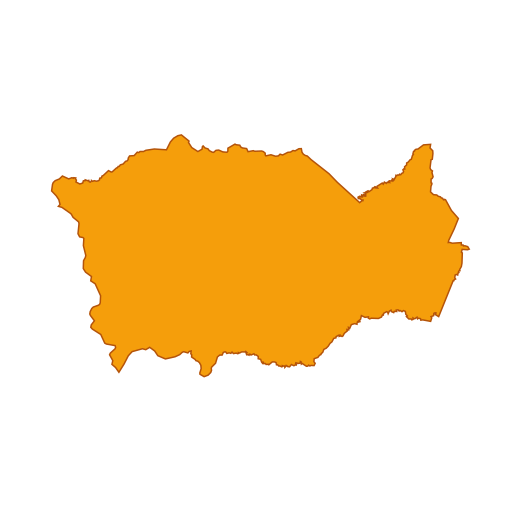 Pa Phayom, Phatthalung, Thailand (orthographic projection), rotated 7°
{"feature_id": "78962969B75084248147684", "entity_name": "Pa Phayom", "entity_type": "district", "adm_level": 2, "iso_a3": "THA", "parent_name": "Thailand", "parent_adm1": "Phatthalung", "projection": "orthographic", "projection_center": [99.888, 7.825], "detail": "fine", "context": "isolated", "style": "filled", "palette": "amber", "viewbox_px": 512, "rotation_deg": 7, "n_neighbors": 0, "source": "geoboundaries", "source_scale": "gbopen_adm2", "svg_char_len": 6094}
<svg xmlns="http://www.w3.org/2000/svg" viewBox="0 0 512 512"><g transform="rotate(7 256 256)"><path d="M54.1,200.2L51.4,203.5L47.5,205.7L45.8,207.8L45.3,209.7L45.2,216.3L50.4,220.6L53.4,224.1L55.2,228.7L53.8,230.8L57.5,231.4L66.1,236.0L67.5,236.9L69.7,239.9L75.8,243.8L76.4,245.6L76.6,255.6L78.6,258.5L82.1,258.8L83.0,259.6L83.4,266.7L87.0,276.2L86.8,278.2L85.4,281.7L86.1,289.5L88.8,292.8L95.2,296.4L95.0,300.8L99.8,303.2L106.6,314.4L107.1,321.5L106.7,323.0L105.7,324.0L100.7,326.5L99.4,328.1L98.2,331.4L98.1,333.8L98.9,335.2L103.5,340.0L100.9,344.4L100.7,346.9L102.5,348.5L111.5,352.8L116.5,360.9L118.2,361.6L127.1,362.1L127.8,363.8L127.4,365.3L123.2,370.2L122.7,371.9L126.6,377.3L126.2,381.1L130.2,383.8L134.1,388.1L138.2,379.3L141.4,370.6L144.7,366.0L154.6,361.9L158.0,362.4L161.6,359.6L167.0,362.6L170.7,366.9L178.6,369.2L187.9,365.9L192.3,363.2L194.5,360.6L195.9,359.8L200.2,360.5L201.4,358.8L203.2,358.2L203.2,361.0L204.2,361.8L204.4,364.1L208.2,366.1L209.1,367.2L211.0,367.5L212.8,368.7L214.6,371.2L215.3,374.5L214.5,378.9L214.8,380.2L219.2,382.1L223.0,380.1L225.3,377.1L225.8,374.8L225.3,373.2L225.5,371.7L228.9,367.4L230.0,360.9L232.0,358.8L234.5,358.4L235.3,355.7L236.8,354.9L237.6,354.9L238.9,356.3L241.1,355.4L242.9,355.7L243.9,354.3L245.5,355.6L248.1,354.8L249.9,355.2L250.4,354.8L250.3,354.0L251.5,354.3L253.5,352.9L256.6,352.6L257.4,351.9L258.8,353.0L257.9,353.3L258.8,355.2L260.1,354.9L261.2,355.3L261.4,354.3L261.9,354.1L263.1,354.9L265.9,353.3L266.8,354.4L268.2,354.1L270.5,355.4L270.7,357.7L273.2,358.0L274.5,360.6L276.2,360.5L276.4,361.0L275.5,361.6L275.9,362.0L278.5,361.6L279.2,362.4L281.5,362.0L282.0,362.4L285.1,359.1L287.4,358.9L288.9,359.3L289.6,361.5L290.6,361.3L292.2,362.5L292.9,362.2L295.1,362.9L295.7,362.5L295.5,361.6L297.6,362.0L298.0,361.6L298.2,363.0L299.8,361.0L300.9,361.9L302.8,361.9L304.4,359.4L307.0,360.3L308.3,359.3L309.2,359.4L309.4,358.9L308.4,357.9L308.6,357.1L310.9,357.5L313.0,356.9L312.9,355.3L313.7,355.6L314.2,357.7L314.8,357.0L319.5,359.3L320.8,359.0L321.6,357.9L322.9,358.6L323.9,357.9L327.0,357.7L327.8,355.3L326.3,353.8L326.3,350.8L329.8,349.1L331.1,346.8L332.5,345.9L332.5,345.2L334.0,343.4L334.7,340.4L336.9,339.0L338.7,336.7L340.1,333.7L341.8,332.0L343.2,328.3L345.3,327.5L345.3,326.3L347.6,324.6L348.8,324.3L348.5,325.6L350.2,325.0L351.2,325.4L352.1,324.7L353.1,322.0L355.7,319.3L355.2,317.9L356.9,318.1L356.5,315.7L357.8,316.5L359.0,312.5L362.1,311.1L364.5,311.4L364.3,310.5L365.0,309.4L367.2,308.5L367.1,308.1L365.4,308.2L367.5,306.0L367.9,302.3L371.7,303.6L375.0,302.7L375.0,303.9L376.5,304.6L378.0,303.7L385.1,303.1L388.0,301.3L388.7,299.1L389.6,299.1L389.6,297.4L392.5,295.3L393.6,295.9L394.2,297.2L395.1,294.5L396.6,293.3L397.2,294.7L399.6,295.4L400.0,294.1L402.4,293.9L401.8,292.6L403.5,292.1L404.8,293.2L405.5,292.5L407.7,293.5L409.0,292.2L411.0,292.8L411.8,295.6L413.5,297.0L412.7,297.8L415.4,299.9L417.7,299.6L418.4,300.4L419.6,299.8L419.4,298.4L420.5,299.0L421.3,298.9L423.3,297.1L424.0,298.7L424.8,298.0L426.9,298.1L427.4,299.6L429.3,299.1L437.3,299.6L438.0,296.0L437.1,294.8L439.6,293.6L439.5,291.3L440.7,290.5L441.6,290.6L441.2,292.3L444.7,293.9L454.7,256.5L455.3,256.5L455.6,255.4L456.9,254.5L455.9,253.4L456.0,250.6L457.2,249.9L458.5,250.3L458.6,248.3L459.4,247.7L458.9,246.8L459.3,246.0L460.2,245.7L459.8,244.6L461.1,241.5L461.3,238.0L460.4,227.8L459.4,227.2L459.8,224.3L465.3,224.0L466.8,223.2L465.0,220.9L462.1,220.4L460.7,220.7L460.3,219.9L458.5,220.0L458.1,217.7L449.2,219.4L446.7,218.9L445.2,219.2L445.4,216.9L449.4,205.0L452.3,194.1L444.4,187.0L437.3,177.1L436.3,176.8L435.7,177.4L435.2,177.3L434.1,175.9L432.9,175.8L431.8,174.8L429.6,174.5L428.0,173.4L424.7,173.5L421.4,171.1L421.2,165.5L421.8,163.2L421.7,162.3L420.9,162.1L420.4,158.3L421.4,157.6L422.1,155.8L420.5,151.7L420.8,150.1L418.9,149.0L418.0,147.4L418.0,139.1L419.2,138.5L419.1,132.8L418.6,130.0L415.6,127.6L415.7,123.9L408.7,125.3L403.7,130.1L401.7,130.6L400.4,131.9L400.5,132.6L399.6,133.1L399.3,135.6L399.8,136.0L399.0,137.3L398.4,141.1L397.3,141.6L395.6,144.3L394.2,145.3L394.4,147.3L392.6,149.3L393.0,151.6L392.1,151.5L391.3,152.5L392.2,154.2L391.8,155.5L390.6,156.2L389.7,157.7L388.5,157.3L388.0,158.3L386.7,158.3L385.9,159.1L385.1,158.8L384.8,161.4L384.0,162.0L384.0,163.3L382.3,162.8L383.1,164.2L382.7,165.0L381.5,164.1L381.0,165.1L379.2,165.1L378.4,165.9L379.5,166.8L377.1,167.0L376.5,168.0L374.4,167.0L373.5,169.2L372.4,168.2L367.6,172.1L367.6,173.0L368.3,173.7L366.1,173.8L366.0,172.8L365.6,172.7L364.4,174.1L363.3,174.4L363.0,176.0L360.4,178.3L359.3,177.6L358.0,178.5L359.0,178.6L359.1,179.3L356.4,180.0L357.3,180.3L357.6,183.2L357.1,183.3L355.7,181.5L355.1,181.8L355.4,183.2L353.6,182.6L354.3,184.4L353.4,184.5L352.9,183.8L351.9,184.9L351.4,184.2L350.1,185.2L350.6,186.5L352.5,186.5L354.2,187.6L355.4,187.4L355.4,188.0L354.6,188.1L352.4,190.4L327.8,173.0L318.4,165.4L298.9,153.6L294.7,150.5L292.6,150.2L290.6,149.2L289.0,147.4L287.9,143.9L285.5,144.3L282.0,146.9L279.9,146.8L277.5,148.7L275.0,149.2L270.1,152.5L267.5,152.0L266.0,153.9L263.3,154.6L258.5,153.7L253.6,155.4L252.8,154.5L252.6,152.8L250.6,151.5L248.8,151.1L242.0,152.2L240.5,151.8L235.4,153.4L233.6,150.5L229.3,150.4L227.5,149.6L226.4,148.0L222.7,148.0L221.5,147.5L215.0,152.4L215.3,155.4L214.5,156.6L210.3,156.7L206.1,155.4L203.4,156.0L201.3,158.3L200.0,158.3L196.8,157.1L195.3,155.5L192.3,155.0L190.1,153.2L189.5,153.9L189.4,156.6L185.6,159.4L179.0,156.2L175.2,151.6L175.5,150.1L167.2,144.9L163.8,146.1L159.9,149.1L157.1,153.3L154.2,161.5L142.0,162.2L133.8,164.5L131.6,166.0L128.2,166.4L127.1,167.6L125.5,167.4L122.8,171.2L118.3,172.1L117.2,174.5L117.5,175.6L116.4,177.4L115.0,177.9L112.9,180.9L110.2,182.1L109.4,183.7L108.3,183.9L107.7,185.3L106.8,185.6L103.0,190.0L102.0,190.3L99.2,189.2L94.5,194.8L93.4,195.4L93.1,197.2L91.4,197.8L91.4,199.5L90.4,200.5L88.6,201.2L86.2,201.0L84.7,201.8L83.5,201.1L83.5,201.9L82.5,202.9L81.4,202.6L80.8,201.3L80.0,201.8L77.2,201.2L77.2,202.0L75.5,202.4L75.1,204.7L72.4,206.0L68.3,204.5L68.5,202.6L67.4,201.4L67.6,200.5L65.5,200.5L65.2,201.1L63.8,200.7L60.7,202.3L54.1,200.2Z" fill="#f59e0b" stroke="#b45309" stroke-width="1.5"/></g></svg>